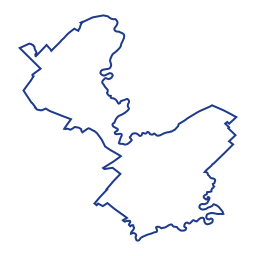 Rafov, Prahova, Romania
{"feature_id": "2599482B7706005984570", "entity_name": "Rafov", "entity_type": "district", "adm_level": 2, "iso_a3": "ROU", "parent_name": "Romania", "parent_adm1": "Prahova", "projection": "equal_earth", "projection_center": [26.169, 44.85], "detail": "fine", "context": "isolated", "style": "outline", "palette": "blue", "viewbox_px": 256, "rotation_deg": 0, "n_neighbors": 0, "source": "geoboundaries", "source_scale": "gbopen_adm2", "svg_char_len": 5900}
<svg xmlns="http://www.w3.org/2000/svg" viewBox="0 0 256 256"><path d="M139.5,239.7L140.6,238.1L141.2,237.6L143.4,236.4L147.7,234.6L151.5,233.5L154.0,232.4L156.0,232.1L156.7,231.7L157.0,231.1L157.0,230.3L156.6,228.9L156.1,227.7L156.2,227.1L156.6,226.9L158.4,226.7L159.5,227.1L161.4,228.3L162.7,227.9L164.5,227.6L165.6,227.2L169.2,225.0L170.2,224.6L171.1,224.4L172.2,224.9L172.8,226.0L173.7,226.6L176.1,226.9L177.1,227.2L177.8,228.4L180.3,230.3L181.0,230.6L183.6,230.6L184.5,230.4L185.6,229.7L186.1,228.6L186.1,228.0L185.7,227.5L184.5,226.9L184.2,226.4L184.2,226.1L184.4,225.1L184.9,223.8L186.1,222.7L187.2,222.6L189.0,223.5L189.9,223.4L192.8,220.4L193.2,220.2L194.4,220.5L195.1,221.0L196.5,221.5L197.6,220.6L199.3,218.9L201.0,217.9L202.4,217.7L203.3,217.9L204.0,218.8L204.5,221.9L205.5,223.5L206.2,223.9L207.3,224.3L208.1,224.2L209.8,223.7L211.8,222.6L212.3,222.1L212.6,221.5L212.7,220.2L212.6,219.7L212.2,219.0L211.4,218.6L210.7,218.6L209.6,219.3L209.2,219.4L207.6,219.1L206.8,218.5L206.3,217.6L206.3,216.6L206.9,214.8L207.5,214.2L208.5,213.7L211.3,213.0L213.3,213.1L217.5,214.0L223.3,213.9L222.7,211.9L222.3,211.2L218.7,206.9L216.7,205.4L214.2,204.4L213.5,204.3L212.9,204.9L212.3,205.8L210.1,207.0L208.4,207.4L206.1,208.9L203.5,209.5L202.3,209.5L200.8,209.0L199.6,207.8L199.4,207.3L199.4,206.4L200.1,205.0L201.2,204.2L202.5,204.0L204.4,204.2L206.6,203.4L207.5,202.6L209.4,198.8L209.4,197.8L208.7,197.1L207.9,197.1L207.7,197.4L207.7,197.9L206.9,199.4L206.1,199.5L204.1,197.9L203.7,197.0L203.8,196.2L204.3,195.6L204.9,195.1L206.7,194.4L207.1,192.1L209.7,191.9L211.4,191.4L211.4,190.1L212.0,188.6L213.1,187.9L213.7,186.9L214.1,186.5L213.5,186.0L212.8,184.0L214.3,183.2L215.2,180.6L214.9,179.6L214.3,178.9L213.4,178.5L211.6,178.3L210.3,177.6L209.1,175.8L208.3,175.2L207.9,174.7L207.7,173.3L206.9,172.5L206.1,172.1L204.8,172.0L206.5,170.0L211.5,165.6L212.6,164.1L213.3,163.8L214.4,162.8L224.3,153.2L233.1,144.4L229.1,141.3L235.5,135.2L228.2,128.2L229.1,127.3L225.2,123.6L227.2,122.0L229.2,123.7L236.3,117.1L228.2,112.7L223.5,110.3L212.0,105.3L210.1,106.5L200.1,110.9L197.1,112.5L187.8,118.1L184.6,120.5L178.8,124.0L178.6,124.3L178.4,125.2L178.1,126.2L174.7,129.8L173.9,130.1L171.6,131.5L170.7,131.5L169.6,132.1L167.4,132.3L164.6,133.1L159.8,135.4L157.7,135.7L157.0,135.6L156.4,135.2L154.6,133.6L153.9,133.7L152.8,134.5L151.2,134.5L150.1,134.2L149.3,132.8L147.9,131.9L147.4,132.0L146.5,133.1L145.7,133.5L144.7,133.5L143.1,133.0L142.4,133.1L141.8,134.8L141.3,135.5L140.5,135.9L139.5,135.8L137.5,134.0L136.2,133.5L135.3,133.3L133.6,133.4L132.6,133.8L131.9,134.3L131.2,135.3L130.8,136.2L129.8,137.2L129.9,137.7L131.4,139.5L131.7,140.1L131.0,141.1L128.4,143.4L126.9,144.2L125.2,144.6L124.4,144.5L123.1,143.9L120.2,143.8L119.5,143.6L118.9,143.1L120.7,137.6L121.7,135.7L121.7,134.5L121.3,134.1L120.7,133.8L119.8,133.8L118.2,134.1L116.7,134.2L115.2,133.8L114.8,133.0L114.8,132.6L115.5,131.7L117.3,130.7L117.8,129.9L117.9,129.5L117.4,128.8L113.4,126.6L112.6,125.4L112.5,124.5L112.9,123.6L114.3,122.8L115.9,119.1L117.5,117.0L118.7,116.0L121.7,114.7L124.9,112.8L127.5,110.7L128.7,109.3L128.9,108.8L128.9,108.3L128.1,106.9L127.7,105.9L127.7,105.5L128.1,104.0L129.0,102.2L129.1,101.5L128.8,100.4L128.1,99.5L127.2,99.0L126.4,99.1L125.1,99.7L120.9,101.1L120.4,101.8L120.1,102.9L119.5,103.4L118.7,103.6L118.0,103.0L116.7,100.7L115.4,99.4L113.8,98.4L111.8,98.2L110.9,97.8L110.6,97.2L110.8,95.9L108.8,95.6L107.4,93.8L107.0,92.8L107.4,92.5L107.5,92.0L107.7,91.0L107.7,89.9L104.9,86.7L104.0,85.1L102.5,83.2L102.2,82.2L102.3,81.6L102.8,80.6L105.0,78.3L105.9,78.2L108.6,79.1L109.8,78.8L110.5,78.4L111.5,77.6L112.4,76.4L112.7,75.3L112.5,74.9L112.3,74.4L111.6,73.6L109.9,73.1L107.6,74.1L105.4,75.2L104.5,75.5L103.4,75.5L102.1,74.9L101.3,74.4L100.5,73.3L100.4,72.7L100.9,71.1L101.8,70.3L102.4,69.9L103.9,69.5L108.5,68.8L109.5,68.4L110.2,67.7L111.1,65.8L111.1,64.4L110.1,61.0L110.1,60.0L110.7,58.2L111.8,55.6L112.9,53.9L115.9,51.7L118.8,48.9L120.1,47.4L120.8,46.0L121.2,44.0L122.5,41.4L124.0,37.9L124.2,36.3L124.1,35.1L123.8,34.5L123.1,33.7L121.9,33.0L120.2,32.4L119.4,31.8L117.3,31.6L115.8,31.2L115.0,30.6L114.5,29.9L114.3,29.2L114.5,28.3L116.4,25.7L117.1,24.3L117.5,23.1L117.4,22.1L117.3,21.4L115.8,19.5L115.3,19.1L113.2,19.2L111.5,18.8L109.5,17.7L107.8,16.3L103.3,15.4L92.6,17.4L82.8,22.0L82.7,22.1L82.6,21.8L80.6,22.7L81.2,23.4L81.2,24.0L80.5,25.5L79.8,28.0L78.7,29.7L78.3,30.8L74.3,28.7L68.9,32.9L67.0,34.7L63.7,38.3L62.0,39.8L59.9,42.2L51.3,50.8L50.5,49.4L46.6,45.0L35.9,56.2L35.5,55.9L35.5,55.2L35.3,54.4L36.6,53.0L36.1,51.7L34.6,48.6L34.4,46.7L33.6,46.1L33.5,45.5L32.8,44.9L31.9,44.7L31.4,44.2L29.4,43.6L19.7,48.0L40.6,68.7L32.4,74.7L32.8,76.5L33.4,76.5L30.7,80.7L23.5,90.5L31.4,102.5L31.5,102.7L32.2,103.0L35.5,107.4L35.6,107.6L35.3,107.8L36.0,108.6L37.1,109.6L38.9,109.9L40.3,110.3L41.3,110.1L41.8,110.3L45.7,108.6L50.0,111.1L63.5,116.4L71.0,119.2L66.7,125.1L64.2,128.8L65.7,129.1L67.0,128.7L67.8,128.8L70.5,129.7L73.0,128.3L74.5,127.1L75.3,127.0L76.6,127.4L77.8,127.4L79.1,127.9L81.2,129.1L81.3,130.6L82.4,132.3L82.8,132.1L86.8,129.2L88.5,128.3L89.7,128.6L93.1,130.6L94.6,131.2L97.0,133.2L101.7,139.6L105.2,146.6L110.5,150.1L119.6,155.3L120.8,156.2L113.4,161.6L103.1,168.0L103.8,168.7L104.8,169.0L112.6,167.8L120.4,173.9L113.4,181.2L106.6,189.2L107.1,189.5L99.9,197.1L94.5,203.5L95.7,204.2L96.1,204.8L96.7,205.2L98.1,203.6L102.8,206.1L103.7,205.6L107.4,203.1L114.4,208.8L126.9,217.8L127.0,217.9L122.9,220.3L123.4,220.8L124.9,221.7L126.8,220.8L127.8,221.1L129.2,220.7L130.0,221.0L130.3,222.0L128.9,224.5L128.9,224.8L129.4,225.1L130.0,226.1L130.4,226.3L131.0,225.7L132.0,225.2L133.0,225.1L133.3,225.5L133.2,226.0L133.4,226.6L134.0,227.6L133.9,228.6L132.8,230.5L131.9,231.4L131.1,232.6L131.0,233.7L132.4,233.2L133.8,233.1L134.5,233.3L135.6,234.0L135.9,234.4L136.2,235.3L136.0,236.2L135.6,236.8L135.6,237.6L136.4,240.0L137.1,240.5L137.9,240.6L138.8,240.4L139.5,239.7Z" fill="none" stroke="#1e3a8a" stroke-width="2"/></svg>